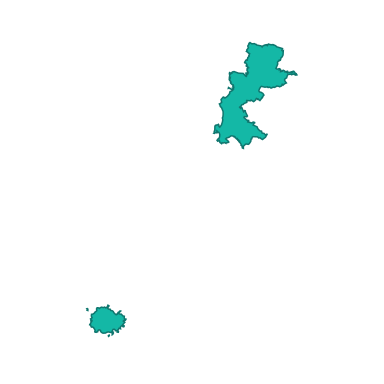 outline of Gresik, Jawa Timur, Indonesia, rotated 207°
{"feature_id": "22746128B46933486274006", "entity_name": "Gresik", "entity_type": "district", "adm_level": 2, "iso_a3": "IDN", "parent_name": "Indonesia", "parent_adm1": "Jawa Timur", "projection": "albers", "projection_center": [112.501, -6.562], "detail": "fine", "context": "isolated", "style": "filled", "palette": "teal", "viewbox_px": 384, "rotation_deg": 207, "n_neighbors": 0, "source": "geoboundaries", "source_scale": "gbopen_adm2", "svg_char_len": 6033}
<svg xmlns="http://www.w3.org/2000/svg" viewBox="0 0 384 384"><g transform="rotate(207 192 192)"><path d="M209.7,317.8L210.5,317.4L210.9,316.1L210.5,315.9L210.9,315.5L212.7,315.5L212.7,315.2L212.3,314.1L211.4,314.0L211.6,313.7L210.7,311.0L210.2,311.3L210.3,310.6L209.6,310.7L209.6,310.3L210.1,310.3L210.0,309.4L209.5,309.5L209.2,308.6L208.9,308.8L208.5,308.4L208.2,308.6L208.4,308.3L207.6,308.0L207.1,307.4L207.4,307.1L206.9,306.5L204.4,305.8L203.8,306.1L202.5,304.4L203.2,304.3L202.0,302.9L202.4,302.8L202.0,302.6L202.1,301.4L206.9,301.7L206.7,300.8L206.1,301.3L204.7,301.4L202.0,301.3L202.6,299.8L203.7,298.8L203.4,296.9L203.1,296.7L204.0,293.0L205.2,290.9L205.9,290.5L206.6,291.0L207.3,290.8L208.1,287.6L206.3,285.4L206.8,283.9L207.6,282.9L205.8,281.5L205.6,281.0L204.0,280.6L200.8,277.8L199.4,275.1L198.6,273.0L198.6,271.8L197.4,270.4L196.7,268.2L196.2,265.0L196.7,262.4L197.7,262.6L198.4,263.8L199.2,264.3L199.9,263.1L200.9,262.7L200.9,262.2L201.4,261.9L201.5,261.1L199.7,257.3L199.8,256.5L199.4,255.2L198.9,254.8L199.1,254.3L198.6,254.4L198.4,255.3L196.5,256.1L196.5,256.7L197.8,257.4L197.8,257.9L195.9,257.2L195.0,257.3L193.3,255.8L192.4,253.6L192.4,251.6L192.8,251.4L193.2,249.4L192.1,248.9L191.0,250.3L189.6,248.8L187.5,248.5L187.5,249.6L186.5,249.8L185.3,250.9L183.9,250.8L184.0,251.2L182.4,252.4L181.9,253.2L182.6,253.7L186.1,254.6L185.7,255.9L185.2,256.2L183.7,257.8L182.9,259.5L181.9,260.2L179.6,260.7L179.4,260.2L178.6,260.6L177.9,259.9L177.4,260.0L176.5,259.5L176.0,260.0L175.9,259.6L175.2,259.3L175.0,259.6L174.6,259.5L174.6,258.9L174.2,258.8L174.0,259.2L173.7,258.8L173.5,259.1L172.6,258.9L172.6,258.0L171.0,257.5L169.4,256.3L169.4,256.0L169.1,256.1L168.6,255.9L167.1,254.1L166.0,254.2L167.0,256.0L166.0,258.9L165.2,259.5L163.5,260.0L162.9,261.0L162.6,263.7L163.4,266.0L162.9,266.4L163.2,268.2L162.9,268.9L158.7,270.9L157.0,270.4L156.1,271.2L154.4,270.8L153.0,270.8L151.4,274.2L151.3,277.5L151.6,277.5L152.3,276.1L154.4,276.9L156.3,276.3L157.7,277.8L158.9,277.3L161.2,277.9L162.4,278.5L163.5,279.6L167.9,279.4L168.0,281.3L167.5,282.1L167.8,282.4L169.3,282.1L169.7,281.1L170.1,280.7L174.2,279.7L174.3,280.1L173.7,281.0L174.0,281.5L175.8,280.9L179.5,281.9L179.6,283.0L177.3,283.9L177.1,284.9L180.5,287.4L181.5,288.6L182.2,288.4L182.5,286.9L186.0,289.9L186.5,289.8L186.7,288.6L188.1,289.2L187.3,290.9L187.3,292.3L186.1,293.2L185.9,294.4L183.9,296.7L184.0,297.3L184.7,297.7L184.8,298.4L181.3,299.8L181.1,300.7L178.1,300.5L177.1,302.9L177.1,304.6L175.3,304.9L175.3,304.4L174.8,304.6L173.0,304.3L172.7,305.9L172.1,308.1L172.5,308.2L171.9,311.0L173.6,312.0L175.7,312.2L177.3,311.8L178.4,312.5L178.7,314.4L178.6,316.4L178.2,317.6L174.6,318.5L172.4,320.0L171.9,319.6L171.5,319.7L170.8,320.5L170.2,320.7L169.3,320.4L168.4,320.7L167.3,322.3L166.2,322.5L165.2,323.6L164.6,324.9L162.4,325.6L161.7,325.5L160.4,327.1L160.5,328.9L159.4,328.5L158.6,330.5L157.4,332.0L159.5,333.0L160.4,333.8L160.4,335.4L159.5,336.6L160.0,339.3L159.7,340.3L157.6,341.8L156.4,341.7L155.4,343.1L152.6,343.2L151.7,344.0L152.4,344.4L152.4,343.8L153.3,343.8L153.2,344.6L154.0,344.4L154.4,345.1L156.2,345.8L156.9,345.3L156.8,344.5L157.2,344.5L157.3,344.0L157.6,344.4L158.2,344.2L158.4,343.5L159.9,342.6L161.7,342.4L161.3,341.6L162.6,341.6L162.2,342.0L162.2,342.5L163.6,341.2L164.3,341.9L166.0,341.9L166.5,341.2L166.3,340.7L167.4,339.7L167.4,340.4L167.8,340.5L168.0,340.2L168.3,341.0L169.0,341.3L169.3,340.9L169.3,341.5L169.8,341.6L170.3,341.5L171.4,340.4L172.2,340.1L173.3,340.2L173.7,344.9L174.7,346.4L174.7,347.2L174.2,348.1L174.2,348.9L173.6,348.9L173.6,349.4L173.1,349.6L173.6,352.2L173.0,353.3L173.1,355.4L174.7,359.1L174.8,358.8L176.2,358.9L176.5,360.9L182.5,359.8L183.8,360.3L186.2,360.2L186.2,359.9L187.5,359.8L188.1,359.1L191.1,358.5L191.3,356.6L191.6,356.6L191.7,357.4L192.0,357.4L193.3,356.5L193.5,355.8L194.3,355.7L194.4,355.0L195.3,354.2L195.4,353.1L196.1,353.5L196.9,353.5L201.2,352.3L201.9,352.7L202.5,352.4L203.6,352.6L206.0,351.2L208.2,351.5L208.7,350.4L208.3,350.3L208.6,347.6L208.2,346.9L207.2,346.1L207.7,343.4L207.2,342.9L207.4,342.0L204.9,341.7L204.8,341.4L203.4,341.4L203.3,339.3L202.8,339.1L203.3,337.0L202.9,335.7L203.2,334.8L202.8,334.5L203.8,334.0L204.0,331.4L203.4,331.0L202.8,331.4L201.0,330.6L201.1,329.6L200.4,329.6L200.5,328.7L198.9,328.8L198.0,328.4L198.8,327.5L198.9,327.0L198.3,326.5L198.5,325.6L197.1,324.8L197.3,324.5L197.0,323.8L195.9,323.7L196.2,322.2L197.0,323.5L197.1,322.9L197.7,322.5L196.5,322.0L197.3,321.6L196.1,320.5L196.0,320.0L196.1,319.6L196.8,319.6L200.2,320.9L204.5,319.0L209.3,318.4L209.7,317.8ZM218.2,26.5L215.6,24.9L215.2,23.4L214.8,23.1L213.6,23.5L213.3,24.2L212.6,24.5L212.8,26.3L212.0,27.1L210.7,27.1L210.4,26.5L209.0,25.8L207.2,25.8L205.0,27.1L204.1,28.5L202.9,29.4L200.2,30.1L199.9,31.0L200.0,33.7L199.1,34.4L198.1,34.4L197.3,33.6L195.6,34.4L195.3,35.0L195.6,35.3L195.1,36.2L195.3,37.3L194.9,37.6L193.6,37.7L194.5,39.0L194.1,40.7L193.5,41.1L192.3,40.6L191.6,40.9L191.5,41.5L191.9,42.1L193.4,41.9L193.6,42.2L192.7,45.4L194.6,45.8L194.2,47.2L193.5,47.1L193.1,47.6L193.1,48.7L194.0,48.4L195.2,48.9L195.9,50.6L197.3,50.2L199.6,51.1L200.4,50.6L202.0,50.4L202.3,51.3L201.5,53.5L202.1,53.4L202.6,52.3L202.4,51.6L203.2,51.1L203.1,49.8L203.5,49.3L203.2,48.9L203.7,48.3L204.4,48.2L206.9,49.0L207.9,49.8L209.1,50.0L210.7,49.5L211.5,50.4L213.3,49.8L214.3,50.1L214.5,51.6L214.2,52.8L215.5,53.0L215.4,51.4L214.7,51.0L214.8,50.4L215.8,50.3L216.3,49.6L217.6,49.8L218.6,48.7L220.2,48.4L221.3,47.2L221.6,46.2L222.9,46.3L224.0,45.8L224.0,44.4L223.0,43.3L223.0,42.8L224.0,40.7L223.9,39.9L225.2,37.8L226.0,37.4L225.4,35.8L223.9,34.6L224.8,32.8L224.1,32.5L223.7,31.4L222.9,32.1L222.6,31.9L222.8,29.0L222.6,28.3L223.0,27.6L222.9,27.2L221.8,27.3L220.7,26.1L220.2,26.0L219.7,26.5L218.2,26.5ZM198.6,31.2L198.8,29.7L198.3,28.6L198.0,29.1L198.0,30.7L198.6,31.2ZM194.8,34.6L195.2,33.5L195.1,33.2L194.0,33.6L194.3,34.5L194.8,34.6ZM232.7,40.3L232.0,40.0L231.9,39.0L231.0,39.1L231.6,40.4L232.4,40.6L232.7,40.3ZM200.9,26.9L201.3,25.9L200.8,25.5L200.4,26.4L200.9,26.9Z" fill="#14b8a6" stroke="#0f766e" stroke-width="1.5"/></g></svg>